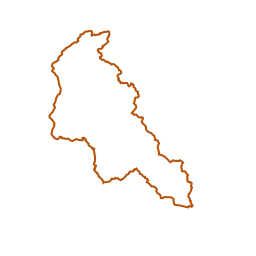 the border of Khanty-Mansiy, rotated 43°
{"feature_id": "RUS-2396", "entity_name": "Khanty-Mansiy", "entity_type": "Autonomous Province", "adm_level": 1, "iso_a3": "RUS", "parent_name": "Russia", "parent_adm1": "", "projection": "mercator", "projection_center": [69.975, 62.153], "detail": "fine", "context": "isolated", "style": "outline", "palette": "amber", "viewbox_px": 256, "rotation_deg": 43, "n_neighbors": 0, "source": "natural_earth", "source_scale": "10m", "svg_char_len": 5763}
<svg xmlns="http://www.w3.org/2000/svg" viewBox="0 0 256 256"><g transform="rotate(43 128 128)"><path d="M31.0,134.9L29.8,134.3L29.6,134.0L29.0,132.1L29.0,131.5L29.6,130.0L29.8,128.9L30.2,128.5L30.5,127.8L30.4,127.0L30.8,125.6L30.7,125.4L29.8,125.0L29.3,123.7L29.0,122.2L29.0,121.8L29.4,121.3L29.4,120.6L29.6,119.4L29.6,119.1L29.2,118.5L28.1,118.2L27.8,117.3L27.6,116.4L27.7,116.1L28.2,115.6L28.2,115.3L27.9,114.3L28.5,112.9L28.1,112.2L28.6,111.5L28.4,111.0L29.1,109.4L29.7,107.4L29.8,104.6L30.2,103.6L30.3,102.0L31.8,100.8L32.3,99.4L32.4,98.5L32.3,98.2L31.5,98.2L30.4,96.8L30.3,95.9L30.7,95.0L30.6,94.2L30.5,92.9L29.6,92.4L29.8,91.7L30.3,91.0L30.6,90.0L31.1,89.6L31.3,89.2L30.8,88.3L30.9,87.3L31.6,85.9L32.6,85.1L33.7,83.2L34.6,82.2L35.8,82.1L36.6,82.4L36.7,82.6L36.7,83.0L36.8,83.2L38.0,84.5L38.1,85.2L38.3,85.3L39.3,83.4L39.5,82.6L40.8,82.5L41.6,81.1L41.8,80.5L42.8,79.9L42.9,79.2L43.5,78.3L42.9,77.7L44.0,76.4L44.7,74.6L45.4,73.5L46.2,73.0L47.5,70.8L48.6,70.5L50.6,72.2L50.9,73.7L51.6,74.1L51.3,75.3L52.1,77.1L54.6,78.2L54.5,79.0L54.6,79.6L54.5,80.4L54.6,81.1L54.5,82.4L54.3,83.3L53.6,84.8L53.6,85.3L53.6,85.6L54.4,85.9L54.6,86.3L54.7,86.8L54.4,87.2L54.5,88.0L54.1,88.8L52.9,89.7L52.9,90.3L52.5,91.2L53.6,92.3L54.7,92.2L55.2,92.6L55.7,92.1L57.8,91.7L58.9,92.8L59.5,92.9L59.8,94.3L59.1,95.1L59.6,95.8L60.6,96.2L62.6,95.9L62.8,95.4L63.5,94.7L67.1,94.6L68.0,93.2L69.2,93.4L71.0,92.7L72.3,93.1L73.5,91.4L74.0,90.9L76.5,90.8L77.6,91.0L78.6,90.5L79.6,90.7L82.0,91.9L82.1,91.6L83.6,91.1L85.1,91.9L85.5,92.4L85.5,93.1L85.2,94.3L84.5,95.2L84.5,95.6L84.5,96.4L84.6,96.9L85.2,97.4L87.3,98.0L87.2,98.6L87.9,98.8L88.1,99.4L89.0,99.1L89.2,99.3L89.4,99.6L89.6,99.3L90.3,99.6L91.1,99.4L92.0,100.2L92.9,98.8L93.6,98.7L94.8,97.8L95.0,97.2L96.7,95.7L98.7,96.4L99.7,97.0L100.1,97.0L100.2,96.2L100.9,95.1L99.9,93.3L101.1,92.6L101.9,92.9L102.7,92.7L103.9,94.1L106.5,94.0L107.2,94.9L108.5,95.3L109.2,95.3L110.2,94.8L110.8,94.9L112.1,96.5L113.5,96.7L114.3,97.5L114.4,98.2L114.3,98.8L112.7,100.8L113.2,101.8L113.3,102.5L113.8,102.9L114.7,103.9L115.4,106.0L117.5,106.0L118.9,106.3L120.1,107.8L120.3,108.4L120.6,114.5L122.0,114.0L123.4,114.3L124.7,112.6L128.4,112.9L129.8,112.0L130.3,111.1L131.8,110.3L132.5,111.1L132.4,111.4L133.1,112.4L133.8,114.2L134.8,114.5L135.3,114.4L140.3,114.8L142.3,116.9L145.4,117.1L146.2,116.6L147.1,116.6L148.7,115.8L150.5,116.1L152.5,115.8L153.1,116.3L155.3,117.3L155.8,118.4L158.2,117.0L158.7,117.0L159.7,117.7L161.2,118.0L162.0,120.7L162.2,121.0L163.5,122.4L167.7,124.9L168.3,126.2L168.6,126.4L169.6,125.7L171.4,124.7L172.5,124.7L174.5,123.9L182.2,124.1L182.4,123.9L182.8,122.5L182.9,121.0L183.2,120.7L184.2,120.4L185.7,119.2L185.8,118.8L186.6,118.5L187.1,117.8L187.7,117.6L187.9,117.1L187.9,116.2L189.3,115.9L191.9,115.7L192.0,116.8L192.3,118.1L192.5,118.4L193.4,119.5L193.6,120.5L195.5,121.3L195.8,122.0L196.9,122.7L197.3,122.7L199.1,120.9L199.8,120.7L200.9,121.4L202.1,121.2L204.2,121.7L204.2,121.9L204.1,122.9L204.2,123.0L206.1,124.3L206.2,124.5L206.2,125.1L206.3,125.3L208.2,126.4L208.4,126.5L210.0,125.4L210.2,125.7L210.5,125.7L211.7,124.8L212.0,124.8L213.1,126.1L213.4,127.1L213.7,127.5L214.3,127.8L215.1,127.7L215.4,127.9L215.7,128.6L215.7,129.4L216.6,130.2L217.7,133.8L217.4,134.8L217.6,135.3L218.4,135.9L218.7,136.9L219.7,137.2L220.4,137.1L221.0,137.3L221.7,137.8L222.2,138.5L223.1,138.9L223.9,138.6L224.6,139.8L226.5,140.6L227.5,140.3L228.3,141.1L228.4,141.6L228.3,142.2L228.2,142.3L226.8,142.7L225.9,143.5L225.9,144.0L226.3,144.8L226.1,145.1L218.2,149.6L215.5,151.8L213.5,152.2L210.7,149.9L209.8,148.8L207.1,149.1L201.6,153.8L201.4,154.2L201.4,155.5L199.8,156.9L197.8,155.3L197.3,155.0L195.1,155.2L194.8,155.5L192.1,155.2L191.7,154.9L191.5,154.5L191.2,153.4L189.0,152.7L188.2,153.1L186.7,153.2L184.9,154.7L182.4,154.3L179.8,154.4L178.8,154.8L178.2,153.9L178.2,153.1L178.4,152.7L177.9,152.5L177.4,152.1L175.8,152.3L175.3,152.8L174.6,153.0L173.7,152.2L172.1,153.0L169.4,152.6L167.9,153.5L167.6,153.3L167.2,152.8L166.3,152.3L165.2,152.2L164.1,152.5L161.8,151.9L161.7,152.2L161.5,153.8L161.0,153.7L160.8,154.0L160.8,155.0L161.3,155.3L161.4,156.1L161.4,156.4L161.1,156.8L159.6,157.7L159.4,158.0L159.2,159.1L159.1,159.6L159.7,159.8L159.9,160.8L159.4,162.2L158.7,163.1L159.2,163.8L159.1,165.8L159.1,168.4L159.0,168.9L158.4,169.4L158.4,171.0L156.8,171.6L154.8,171.6L153.5,173.4L152.7,173.3L152.2,175.3L150.7,176.1L150.7,176.5L151.2,179.0L150.8,179.9L148.8,182.7L147.2,184.3L147.2,184.7L146.1,183.7L145.3,184.0L144.7,183.4L144.1,183.3L139.3,183.4L138.4,182.4L137.5,182.2L136.7,182.4L135.8,181.7L134.8,182.2L134.3,182.2L131.3,181.6L131.2,181.4L131.7,180.3L130.8,179.6L130.6,179.4L130.6,179.1L130.8,178.2L130.5,177.5L130.0,177.3L128.4,178.0L127.4,177.3L126.8,176.3L126.9,175.4L126.8,175.2L126.2,174.6L124.6,172.6L124.0,172.1L123.6,171.4L122.6,171.2L121.8,170.1L120.0,169.0L119.4,168.4L118.2,167.8L117.4,166.2L116.9,166.3L116.1,167.5L115.9,167.5L114.5,166.9L111.5,167.5L110.4,167.2L109.7,166.3L105.6,166.2L105.3,166.1L105.1,165.2L103.3,165.0L102.0,165.6L101.5,166.4L103.1,167.5L103.2,167.8L103.2,168.1L99.8,170.5L98.2,171.2L97.8,171.2L97.6,171.5L96.4,175.0L96.2,175.5L95.0,176.1L92.5,176.5L91.6,176.5L90.2,178.2L88.0,179.3L86.5,180.7L85.7,180.0L84.3,180.6L84.2,181.0L84.4,183.7L84.3,184.2L81.3,185.5L80.4,185.2L78.0,185.2L76.0,184.5L73.9,180.8L72.5,176.5L71.7,176.1L71.5,175.8L71.4,175.0L71.1,174.7L65.9,173.6L64.4,173.9L63.7,173.8L62.3,172.8L62.1,172.4L61.9,169.4L62.0,167.9L61.2,164.9L60.8,164.1L60.8,163.0L60.5,162.5L59.0,162.3L57.5,161.3L57.7,160.7L57.6,160.3L56.7,157.9L55.1,155.1L54.7,153.4L54.2,151.7L54.3,150.9L54.9,149.6L53.1,146.3L51.6,144.8L48.0,143.3L47.7,142.8L42.2,138.9L40.8,138.5L39.2,138.6L36.7,137.9L33.9,138.3L33.3,137.7L33.2,136.2L33.4,135.6L33.4,135.4L31.8,134.6L31.0,134.9Z" fill="none" stroke="#b45309" stroke-width="2"/></g></svg>